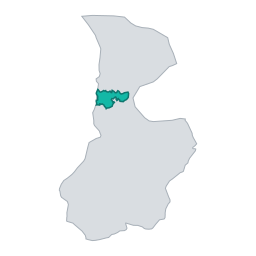 location of Jelgava within Latvia, rotated 90°
{"feature_id": "LVA-1084", "entity_name": "Jelgava", "entity_type": "Municipality", "adm_level": 1, "iso_a3": "LVA", "parent_name": "Latvia", "parent_adm1": "", "projection": "mercator", "projection_center": [23.638, 56.61], "detail": "fine", "context": "in_parent", "style": "filled", "palette": "teal", "viewbox_px": 256, "rotation_deg": 90, "n_neighbors": 0, "source": "natural_earth", "source_scale": "10m", "svg_char_len": 3258}
<svg xmlns="http://www.w3.org/2000/svg" viewBox="0 0 256 256"><g transform="rotate(90 128 128)"><path d="M190.2,196.7L188.6,196.5L184.2,194.7L180.4,192.1L178.2,188.7L174.3,183.9L171.7,181.5L167.7,178.5L161.1,172.3L158.6,170.9L146.8,168.1L142.5,166.9L138.5,159.8L137.2,155.7L135.3,155.0L133.2,155.9L130.9,156.7L125.5,161.5L123.8,162.2L120.5,162.2L112.7,163.3L109.2,161.6L103.1,159.6L99.7,159.3L96.8,159.4L83.7,157.5L81.3,159.6L78.9,159.9L76.6,156.7L73.7,155.8L70.5,156.9L64.6,157.0L57.7,156.0L48.9,155.2L47.6,155.6L37.8,159.8L35.4,160.5L24.8,167.6L16.3,174.2L15.4,163.6L15.9,142.2L17.1,131.5L23.0,125.2L25.9,120.4L27.6,113.8L28.1,107.8L29.3,102.7L37.7,88.3L44.4,86.7L53.5,82.6L63.6,79.3L65.6,83.6L66.6,86.8L78.8,98.7L81.9,102.7L86.6,116.2L97.9,123.0L106.8,120.9L110.6,117.6L117.7,111.4L120.9,106.9L121.6,102.6L120.3,83.9L118.4,75.8L119.0,70.7L120.3,70.9L123.3,68.5L133.2,63.9L135.2,63.7L137.5,62.8L143.8,59.3L145.8,61.1L147.4,63.2L148.4,63.3L148.8,62.5L148.7,61.1L149.1,60.2L150.9,60.7L158.2,66.4L161.0,67.7L162.9,68.1L165.2,70.8L171.3,72.6L172.1,74.0L172.6,75.7L178.4,82.9L181.0,86.5L186.1,89.8L188.3,90.6L197.3,87.2L199.8,86.0L201.9,86.0L204.0,87.8L208.8,90.2L213.2,90.9L214.0,90.8L217.7,91.0L219.0,91.9L219.8,96.5L224.0,100.1L227.9,103.1L228.9,104.4L229.2,107.1L229.0,110.2L228.5,111.7L226.9,113.6L225.4,118.2L225.3,122.6L223.0,130.2L223.5,130.4L228.2,129.0L229.6,129.8L230.6,131.5L230.9,136.2L232.5,138.4L234.0,141.7L234.5,144.3L237.5,147.4L237.8,149.4L239.6,156.4L240.3,160.4L240.6,163.5L239.7,167.5L238.9,170.1L238.0,170.0L235.3,170.7L231.1,173.9L224.7,181.4L223.1,183.1L221.4,188.8L221.0,189.4L217.4,189.2L216.4,189.0L212.7,189.1L204.6,187.6L201.5,188.6L197.4,194.4L195.8,195.3L191.1,196.1L190.2,196.7Z" fill="#d9dde1" stroke="#a8b0b8" stroke-width="1"/><path d="M93.8,159.7L92.7,159.6L89.4,158.2L89.6,157.9L90.8,157.0L91.1,156.9L91.4,156.6L91.7,156.4L91.9,156.1L92.1,155.7L92.1,155.2L91.7,154.4L91.4,153.6L91.1,153.1L90.7,152.8L90.5,152.3L90.6,152.1L90.9,151.7L91.0,151.5L91.1,151.2L90.6,150.3L91.3,150.0L91.6,149.6L92.0,148.3L92.0,147.4L91.6,146.8L91.2,146.3L91.1,145.9L91.3,145.6L91.6,145.5L92.5,145.0L92.6,144.3L90.3,143.9L90.5,143.4L90.9,143.0L91.3,142.3L91.5,141.9L92.5,141.1L92.8,140.8L92.8,140.6L92.6,139.9L92.7,139.7L92.6,139.4L92.1,139.0L91.5,138.8L90.7,138.2L91.3,137.2L92.0,136.6L93.3,135.9L94.0,134.9L93.4,132.4L92.8,131.9L92.1,128.0L93.5,127.4L96.0,127.6L96.4,127.7L97.2,127.7L98.6,128.6L99.8,129.9L100.1,130.8L100.6,131.6L101.7,132.8L101.4,134.5L101.5,134.7L101.3,136.0L99.6,136.5L99.6,137.4L98.6,137.7L99.0,138.7L99.8,138.2L100.5,139.1L99.0,140.0L97.8,139.8L97.0,140.3L97.4,141.4L98.8,142.6L98.6,144.2L99.8,144.7L100.7,143.8L102.0,143.3L101.7,142.2L102.4,141.6L103.5,142.7L104.7,143.4L106.2,143.8L107.1,145.4L107.8,146.9L108.0,148.9L108.7,149.8L107.8,150.1L107.4,150.6L106.8,150.9L106.4,151.5L105.4,151.9L105.0,152.1L104.6,152.9L104.1,153.4L103.9,153.7L103.9,153.9L104.0,154.1L104.2,154.3L104.2,154.6L104.2,155.0L104.0,155.5L103.9,155.8L103.8,156.0L103.8,156.3L105.0,156.2L105.1,156.5L105.0,157.1L104.9,157.5L104.8,158.8L104.9,159.5L104.5,159.3L103.4,159.3L101.3,159.8L100.3,159.7L100.3,159.1L100.3,158.7L100.0,158.3L99.7,158.2L98.9,158.4L96.7,158.2L95.7,158.5L93.8,159.7Z" fill="#14b8a6" stroke="#0f766e" stroke-width="1.5"/></g></svg>